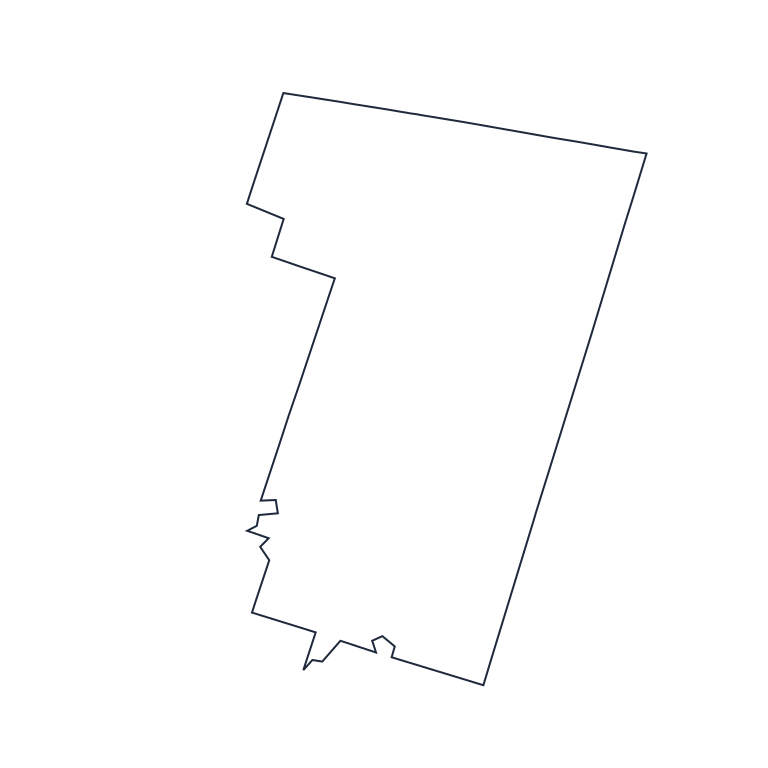 the district of Benton, Arkansas, United States of America, rotated 107°
{"feature_id": "52423323B15242621426255", "entity_name": "Benton", "entity_type": "district", "adm_level": 2, "iso_a3": "USA", "parent_name": "United States of America", "parent_adm1": "Arkansas", "projection": "natural_earth1", "projection_center": [-94.26, 36.3], "detail": "fine", "context": "isolated", "style": "outline", "palette": "slate", "viewbox_px": 768, "rotation_deg": 107, "n_neighbors": 0, "source": "geoboundaries", "source_scale": "gbopen_adm2", "svg_char_len": 1070}
<svg xmlns="http://www.w3.org/2000/svg" viewBox="0 0 768 768"><g transform="rotate(107 384 384)"><path d="M86.8,200.3L88.8,213.6L89.8,221.6L91.5,235.1L96.0,271.5L98.1,286.8L98.5,289.7L100.2,303.1L104.9,341.5L106.4,353.7L110.1,383.6L111.2,391.7L116.3,429.4L116.2,429.9L117.6,438.6L118.3,444.5L118.5,445.4L118.8,447.9L120.7,462.8L121.1,465.4L124.6,490.4L125.3,495.3L127.3,510.5L128.6,519.5L135.2,565.3L232.7,567.5L251.8,567.8L255.5,528.2L295.2,528.5L296.1,502.3L296.4,492.9L297.3,461.9L314.2,462.4L409.7,464.8L415.8,465.0L442.4,465.9L460.6,466.2L475.5,466.5L531.6,467.8L526.6,453.6L538.7,447.7L545.9,465.4L556.8,464.2L564.4,471.9L565.2,449.2L575.9,454.8L586.1,442.2L627.8,443.2L641.2,443.4L641.5,376.7L681.2,377.5L668.9,371.8L667.5,361.9L642.3,350.6L643.1,313.1L633.0,320.2L625.6,311.9L631.8,297.0L643.1,296.8L643.0,200.9L613.9,201.0L602.2,201.0L574.6,201.0L571.1,201.0L490.0,201.0L487.3,201.0L471.4,201.0L470.1,201.0L462.4,201.1L461.8,201.1L410.1,200.8L345.0,200.5L276.9,200.2L159.7,200.5L130.3,200.3L86.8,200.3Z" fill="none" stroke="#1e293b" stroke-width="2"/></g></svg>